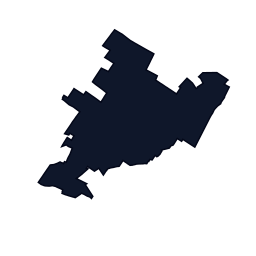 Tekantó, Yucatán, Mexico (Albers equal-area conic projection), rotated 117°
{"feature_id": "50627088B33701655383070", "entity_name": "Tekantó", "entity_type": "district", "adm_level": 2, "iso_a3": "MEX", "parent_name": "Mexico", "parent_adm1": "Yucatán", "projection": "albers", "projection_center": [-89.093, 21.008], "detail": "fine", "context": "isolated", "style": "filled", "palette": "ink", "viewbox_px": 256, "rotation_deg": 117, "n_neighbors": 0, "source": "geoboundaries", "source_scale": "gbopen_adm2", "svg_char_len": 4293}
<svg xmlns="http://www.w3.org/2000/svg" viewBox="0 0 256 256"><g transform="rotate(117 128 128)"><path d="M214.5,146.1L214.4,146.1L214.0,143.4L208.4,140.3L207.2,139.9L207.0,136.7L207.1,135.5L207.1,134.2L207.2,133.6L206.8,130.8L207.2,129.1L207.4,128.6L204.9,128.3L197.9,140.4L196.4,139.5L196.5,151.1L195.8,150.8L195.2,150.4L194.5,150.2L193.2,149.6L192.4,149.2L191.9,149.0L190.3,148.2L188.4,147.5L187.9,147.3L186.4,146.7L183.4,145.5L182.6,145.2L182.8,146.8L180.6,146.5L181.0,143.4L181.2,141.8L181.5,139.6L181.7,138.3L177.1,135.7L181.1,128.6L178.5,128.3L175.7,128.1L175.7,127.8L173.6,127.6L172.3,126.3L171.7,125.7L171.3,125.3L169.7,123.1L168.7,122.0L167.2,120.2L166.7,119.3L166.1,118.5L161.9,118.0L159.2,117.7L159.5,115.8L159.7,114.0L159.7,113.3L160.0,112.4L160.0,111.7L160.3,109.2L158.9,107.0L158.4,106.5L158.1,106.2L157.5,105.3L156.5,104.4L155.5,102.8L154.7,101.4L153.0,98.3L152.2,97.2L151.9,96.6L151.3,95.1L149.2,94.9L147.9,94.7L148.0,94.3L146.6,94.3L146.1,94.3L145.8,93.0L145.5,92.0L144.4,91.9L143.5,91.8L142.7,91.7L141.9,91.6L140.1,91.4L140.2,90.8L140.5,89.3L140.1,89.0L140.0,88.9L139.5,88.5L138.8,88.3L138.0,88.0L136.8,87.6L135.8,87.6L134.8,87.5L134.3,87.5L133.7,87.4L133.0,87.4L132.4,88.2L127.2,82.1L126.2,81.9L124.4,81.7L122.8,80.1L121.5,79.9L115.0,79.3L115.5,74.2L113.2,74.0L114.7,59.8L91.6,59.8L88.9,59.8L85.2,59.8L81.7,59.8L78.7,59.7L76.5,59.4L72.8,59.5L71.3,59.2L67.8,58.2L66.0,57.3L64.6,56.6L64.6,56.8L61.1,56.5L57.1,55.9L55.6,56.3L54.4,56.3L53.1,56.3L46.0,56.4L45.9,56.4L45.5,56.4L45.5,58.5L45.3,62.1L40.9,61.2L39.9,60.7L39.7,61.9L39.5,63.2L38.3,74.0L44.8,86.4L50.3,88.3L50.8,86.0L50.7,86.0L54.1,81.3L54.4,81.5L54.8,81.7L55.1,81.9L55.4,82.1L55.8,82.3L56.1,82.5L56.5,82.7L56.6,82.8L57.1,83.1L57.4,83.2L58.2,83.7L60.0,84.7L60.2,84.4L60.5,84.3L62.0,85.2L60.3,88.1L59.5,89.5L58.7,91.0L58.3,92.5L57.8,94.3L56.9,98.0L63.0,99.7L68.0,101.1L68.1,99.9L68.2,99.4L71.1,99.7L72.8,99.9L75.7,100.2L75.5,101.3L75.4,102.4L75.1,104.8L74.9,106.5L74.8,107.3L74.6,109.4L74.3,111.6L74.2,113.2L73.9,115.3L73.6,117.7L73.5,119.3L73.3,120.8L73.0,123.0L72.8,125.2L68.2,125.6L68.2,125.8L68.1,130.5L68.1,130.8L68.0,138.3L67.1,138.4L64.5,138.4L60.5,138.4L56.8,138.5L54.3,138.5L50.2,138.6L49.9,147.3L49.7,151.8L49.6,153.6L49.5,156.3L49.4,157.8L49.3,161.1L49.2,161.9L49.0,165.8L48.4,169.0L48.3,169.6L47.1,175.8L47.0,178.5L46.8,181.1L46.7,182.9L46.6,184.5L49.0,184.9L51.5,185.4L52.1,185.5L54.2,185.8L57.5,186.4L60.3,186.9L61.3,187.1L63.4,187.4L63.6,187.5L65.5,187.8L66.2,187.9L66.5,185.0L66.6,183.0L66.7,180.6L66.8,179.2L67.0,179.2L71.8,180.0L74.9,180.5L75.7,180.7L75.8,178.8L75.9,178.0L75.9,177.5L76.0,176.2L76.1,175.4L76.4,172.8L76.7,170.2L76.7,169.9L79.8,170.3L81.9,170.6L83.0,170.7L84.2,170.8L86.6,171.1L86.8,178.9L94.6,179.8L96.4,180.0L98.2,180.2L98.9,180.3L100.2,180.4L102.8,180.6L103.0,180.6L103.9,176.5L104.2,174.5L105.1,169.1L105.4,167.6L106.4,162.8L111.0,163.3L111.7,163.3L115.9,163.7L117.4,163.9L116.8,167.6L116.2,171.2L115.7,175.1L114.7,182.0L118.6,182.6L117.9,189.4L117.5,193.4L117.4,194.0L119.6,194.2L128.4,195.3L128.0,199.9L130.3,200.1L130.4,199.4L132.2,199.6L132.5,197.3L134.0,191.0L134.0,186.2L134.3,184.6L135.4,178.2L141.4,179.2L141.6,179.3L143.6,179.5L147.7,180.2L151.0,180.5L161.9,181.9L161.1,177.6L159.1,177.5L159.4,172.6L164.6,172.8L164.0,177.8L164.5,177.9L165.7,178.0L166.7,178.1L167.2,178.1L169.1,178.3L170.2,178.4L170.3,178.4L172.2,178.5L173.6,178.6L174.6,178.6L171.1,175.4L171.1,174.8L171.3,174.2L171.5,172.7L171.3,169.9L171.2,168.5L175.5,168.0L177.2,167.8L179.0,167.8L181.4,167.9L183.4,167.8L185.1,167.6L186.6,167.5L186.8,169.3L187.5,169.3L188.8,169.3L188.8,169.7L189.0,169.6L189.1,171.1L189.1,172.5L189.1,173.1L190.7,174.3L191.3,174.7L192.5,175.8L193.8,177.0L194.2,177.4L196.0,180.1L196.3,180.5L198.7,180.8L200.9,181.1L201.5,181.2L205.5,181.7L205.9,181.8L206.2,181.8L208.4,182.1L208.8,182.1L212.4,182.6L216.2,183.1L217.2,183.2L217.3,182.2L217.6,180.4L217.7,179.7L217.5,178.0L217.4,176.8L217.4,176.6L217.1,175.5L216.7,174.5L216.1,173.2L215.5,171.8L215.1,171.2L214.3,170.1L213.7,169.3L213.5,168.5L213.1,166.9L212.9,166.0L212.9,165.1L212.9,164.5L212.8,162.6L212.7,161.3L212.7,160.0L212.6,159.1L212.6,158.1L214.6,157.7L214.6,157.4L216.2,157.1L216.0,155.7L216.0,155.0L215.8,153.3L215.5,151.9L215.3,150.3L214.8,147.7L214.5,146.1Z" fill="#0f172a" stroke="#020617" stroke-width="1.5"/></g></svg>